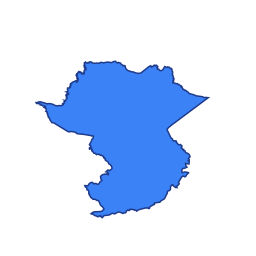 outline of North Gonja, Northern, Ghana, rotated 142°
{"feature_id": "2480657B69696031481498", "entity_name": "North Gonja", "entity_type": "district", "adm_level": 2, "iso_a3": "GHA", "parent_name": "Ghana", "parent_adm1": "Northern", "projection": "mercator", "projection_center": [-1.377, 9.69], "detail": "fine", "context": "isolated", "style": "filled", "palette": "blue", "viewbox_px": 256, "rotation_deg": 142, "n_neighbors": 0, "source": "geoboundaries", "source_scale": "gbopen_adm2", "svg_char_len": 5904}
<svg xmlns="http://www.w3.org/2000/svg" viewBox="0 0 256 256"><g transform="rotate(142 128 128)"><path d="M46.1,102.5L48.1,104.4L49.3,105.1L50.1,106.9L54.3,111.2L56.0,114.1L58.5,117.4L58.6,119.6L59.3,121.2L59.2,121.8L59.5,122.4L60.2,122.8L60.3,124.1L60.7,124.3L60.9,124.9L60.5,125.6L60.5,126.8L60.2,127.1L60.8,127.6L60.1,128.4L61.2,130.5L61.1,131.1L61.7,131.4L61.8,132.7L62.7,133.1L63.6,134.8L64.9,135.9L64.7,136.4L63.4,136.8L63.2,137.7L62.5,137.5L62.1,137.8L62.2,138.5L61.2,138.9L61.5,139.6L60.2,141.7L60.5,142.1L60.0,143.3L59.4,143.3L58.2,144.9L58.3,145.4L57.2,147.4L57.5,147.9L57.3,148.4L58.1,149.1L58.0,150.3L58.3,150.7L59.0,151.6L59.2,151.4L60.4,152.1L61.2,153.8L64.6,152.5L66.2,152.6L66.9,153.0L67.6,153.9L67.6,155.5L68.5,156.0L68.5,156.6L67.9,157.1L68.0,157.7L66.8,157.9L66.8,159.8L67.3,160.2L68.5,160.4L68.3,161.1L68.8,161.4L71.6,161.3L72.0,161.7L71.7,163.0L72.7,163.0L73.0,163.5L84.1,163.4L86.2,164.7L87.9,166.5L89.5,169.2L90.6,170.0L91.5,171.8L92.4,172.6L93.2,175.2L92.8,177.4L92.0,178.7L92.9,180.0L93.5,180.1L93.9,180.6L93.7,181.4L94.1,182.6L93.9,183.7L95.2,185.6L96.0,185.5L96.8,187.0L96.7,188.2L98.2,189.1L100.8,189.7L103.4,192.5L107.4,194.6L108.7,196.3L109.8,196.7L110.4,196.6L111.6,197.3L112.8,198.6L113.9,199.1L116.0,201.0L116.1,202.4L117.2,203.5L117.6,203.7L118.2,203.2L118.7,203.4L119.0,204.2L120.3,204.3L120.9,205.3L120.8,206.1L122.1,206.2L122.1,205.8L122.7,205.7L123.2,204.5L124.1,204.5L124.2,204.3L123.6,203.8L123.7,203.3L124.7,203.2L125.0,202.8L124.2,201.9L124.5,201.5L124.4,201.0L124.9,201.1L125.1,200.5L125.4,201.2L125.9,201.2L125.8,200.5L126.8,199.9L127.6,200.0L127.9,199.3L128.7,198.9L128.5,198.5L129.4,197.8L130.0,198.1L130.4,199.1L130.8,199.2L130.5,199.5L130.7,200.3L131.2,200.5L131.2,201.0L130.7,200.9L130.9,201.4L131.3,201.4L131.5,202.1L131.9,202.2L131.8,201.7L132.3,201.9L132.1,202.7L133.2,202.6L134.0,202.0L134.7,202.2L134.7,201.7L135.1,201.4L134.9,202.2L135.2,202.3L135.8,201.8L135.8,201.4L135.4,201.4L135.5,201.1L136.3,201.3L136.2,200.7L136.5,200.7L136.9,199.5L136.8,199.1L136.4,199.0L137.3,198.8L137.1,198.2L136.8,198.3L136.9,197.9L137.3,198.2L137.4,197.8L137.9,197.9L138.0,197.3L137.6,196.9L138.0,196.6L139.1,196.7L139.5,196.3L139.2,195.9L140.2,195.8L140.0,197.3L144.0,198.3L145.0,197.9L145.4,198.1L145.4,197.8L146.3,198.1L146.7,197.8L146.9,196.7L147.7,196.8L147.9,196.1L148.3,196.2L148.5,195.7L149.0,196.1L149.8,195.6L151.0,196.7L151.9,195.9L152.3,194.3L153.0,194.1L154.3,194.5L153.7,193.6L154.2,193.2L154.0,192.9L154.4,192.3L154.1,192.1L155.0,192.0L154.8,191.6L155.4,191.9L155.3,191.5L155.7,191.4L155.6,191.9L156.2,191.4L156.1,192.2L156.8,192.0L157.1,190.9L156.8,190.7L157.6,190.2L157.2,189.6L157.7,188.9L158.9,188.9L159.8,188.3L160.8,188.3L161.1,188.7L161.0,187.9L162.0,188.1L162.2,187.5L162.8,187.2L163.2,187.3L163.2,187.0L164.9,187.3L165.1,186.8L164.8,186.4L165.9,186.2L167.3,187.0L168.4,188.1L169.9,188.8L171.5,190.5L172.9,193.4L174.9,195.7L176.7,196.7L180.8,202.5L182.6,203.7L183.9,203.8L184.8,204.6L185.0,203.9L184.8,203.5L182.7,201.4L182.1,200.2L182.0,199.7L182.5,199.8L181.9,199.0L181.7,198.0L180.0,196.6L179.8,195.9L180.0,195.5L181.4,195.8L180.6,193.8L181.9,191.8L182.5,191.7L181.8,190.2L182.6,189.6L182.5,188.7L183.2,188.1L183.5,186.2L183.8,186.3L184.1,185.5L184.0,183.4L184.4,182.8L184.7,179.2L183.3,177.6L177.5,162.1L176.3,160.8L174.9,160.3L171.9,156.8L171.9,155.7L171.5,154.7L166.5,149.9L162.1,145.1L161.8,144.3L160.4,143.4L160.5,142.6L161.5,141.7L163.7,141.1L165.3,140.0L168.6,138.7L168.8,138.2L168.3,137.4L168.4,136.8L169.1,136.2L170.8,136.0L171.3,135.0L170.1,134.7L170.0,134.4L169.4,134.5L169.9,133.9L169.6,133.2L170.1,133.1L170.5,132.4L170.2,132.0L170.5,131.6L170.2,130.0L170.4,129.1L169.4,128.3L169.3,126.5L168.5,126.4L167.7,125.4L166.8,125.0L166.6,123.5L165.8,123.2L165.4,121.7L164.7,120.6L165.4,119.8L165.4,119.1L165.0,118.6L165.2,118.2L164.8,117.5L165.6,116.9L165.5,115.9L164.6,113.7L165.2,111.5L164.7,110.5L164.5,108.3L165.2,106.2L166.3,105.7L168.9,105.8L169.1,106.7L169.8,107.3L172.4,107.1L171.5,106.0L171.4,104.2L172.6,102.9L172.3,103.9L173.1,105.1L174.7,105.6L174.9,106.1L176.8,106.9L179.0,106.9L179.7,106.5L180.8,104.2L180.9,102.7L182.7,102.9L185.5,101.9L186.7,102.4L187.4,104.0L188.3,104.7L189.3,104.9L189.6,107.1L189.9,107.4L191.3,108.0L193.0,108.0L195.2,107.2L197.5,109.2L197.9,107.6L197.5,107.1L197.5,105.8L198.4,104.5L197.6,103.4L197.8,102.6L199.4,100.2L199.1,99.6L199.8,98.7L199.6,97.5L200.1,96.6L199.4,93.3L197.9,92.2L197.0,89.9L196.3,89.5L196.0,88.7L197.1,84.0L196.6,81.2L196.7,79.0L199.6,78.5L201.2,79.2L206.3,82.8L207.2,82.8L207.6,83.2L209.9,83.2L209.5,82.4L208.8,82.0L208.1,79.5L207.0,78.0L206.8,77.1L205.9,76.4L204.6,76.3L204.3,75.5L203.9,75.5L204.2,75.2L203.7,74.6L203.5,73.2L200.8,73.7L196.3,71.0L193.3,70.6L192.1,69.8L192.1,69.3L191.1,68.4L187.6,67.9L186.3,66.8L184.5,63.7L183.4,63.6L182.2,62.7L181.3,62.9L180.6,63.5L178.5,63.5L178.4,62.8L177.9,62.3L177.1,62.2L176.3,62.7L173.7,60.1L173.5,59.2L172.9,59.1L172.1,57.7L172.4,57.4L172.2,57.0L171.4,57.3L169.9,57.0L163.8,54.4L161.3,52.6L161.5,52.1L161.1,51.6L160.5,51.5L160.1,52.1L158.6,52.4L154.3,51.6L154.1,52.2L153.6,52.1L153.2,52.6L148.6,49.9L147.2,50.3L142.9,49.8L137.5,52.3L135.8,53.7L135.3,53.8L133.6,53.1L132.1,53.7L130.7,55.5L129.5,56.0L128.8,55.7L128.2,56.1L127.7,55.5L127.7,53.9L127.2,51.9L126.1,50.9L125.9,52.2L124.5,52.0L122.0,52.5L121.9,53.5L121.2,54.3L115.7,56.4L113.8,56.0L113.3,54.5L112.2,54.4L110.1,55.2L107.9,55.3L107.9,55.8L110.4,58.5L112.8,59.4L112.7,60.0L111.7,61.4L110.7,62.1L109.6,62.3L107.8,61.3L105.6,60.9L105.6,62.7L104.5,64.7L102.2,62.1L100.5,63.6L100.5,65.0L100.0,64.6L99.2,65.3L99.2,66.8L96.8,67.1L96.1,69.8L96.6,71.4L97.7,73.0L97.2,75.1L98.2,76.1L97.3,76.9L98.1,77.6L97.9,78.9L98.3,79.7L96.9,80.2L96.5,80.8L96.9,82.8L98.0,83.2L98.7,83.9L98.4,85.6L98.8,86.6L98.2,87.7L98.4,87.8L98.2,88.4L100.2,90.0L100.2,90.8L99.7,92.1L100.2,93.8L98.3,102.5L97.9,102.9L95.9,103.4L91.7,103.5L46.1,102.5Z" fill="#3b82f6" stroke="#1e3a8a" stroke-width="1.5"/></g></svg>